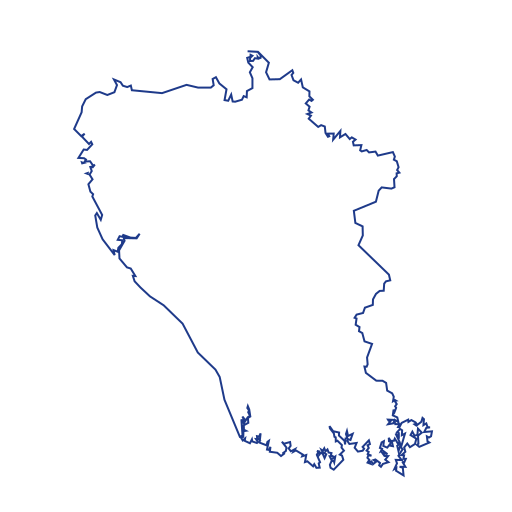 outline of Arraiján, Panama, rotated 187°
{"feature_id": "35544464B31550191226189", "entity_name": "Arraiján", "entity_type": "district", "adm_level": 2, "iso_a3": "PAN", "parent_name": "Panama", "parent_adm1": "", "projection": "albers", "projection_center": [-79.724, 8.989], "detail": "fine", "context": "isolated", "style": "outline", "palette": "blue", "viewbox_px": 512, "rotation_deg": 187, "n_neighbors": 0, "source": "geoboundaries", "source_scale": "gbopen_adm2", "svg_char_len": 5851}
<svg xmlns="http://www.w3.org/2000/svg" viewBox="0 0 512 512"><g transform="rotate(187 256 256)"><path d="M230.1,429.1L232.8,436.7L235.3,433.1L240.2,435.0L242.8,440.0L241.3,442.3L242.6,444.8L253.9,434.4L264.1,432.9L268.4,439.6L266.8,449.4L278.9,458.9L289.3,458.2L279.2,458.8L275.6,455.4L275.6,453.2L277.2,452.4L277.8,454.0L277.4,452.4L278.6,453.7L278.3,452.1L281.2,452.2L282.7,449.3L285.7,448.8L286.0,451.9L284.0,454.3L285.9,455.0L285.8,453.0L288.9,451.6L287.2,447.0L282.3,443.0L284.5,437.6L281.2,432.0L280.0,422.2L285.1,418.6L284.6,412.4L287.7,413.2L289.0,409.4L295.5,406.6L298.0,406.5L300.3,413.2L302.5,406.7L306.2,406.9L305.6,417.9L313.4,422.8L317.6,428.6L320.6,426.4L318.8,420.3L321.4,417.6L334.1,416.1L345.8,417.4L369.1,406.2L399.4,405.4L401.0,409.9L404.4,408.0L408.9,408.8L411.6,412.0L418.5,413.9L414.8,408.7L416.5,401.3L423.2,397.7L431.1,399.7L434.7,398.7L444.1,390.9L446.8,383.3L446.6,377.4L452.0,359.9L444.1,353.7L441.0,356.5L443.3,353.3L435.4,346.8L433.6,349.2L432.1,346.9L436.6,340.7L440.0,340.7L444.2,331.7L438.6,332.1L436.5,331.0L437.5,328.9L432.2,329.8L428.7,325.8L427.1,327.0L429.3,323.5L429.2,324.8L431.3,324.2L429.4,320.3L431.1,316.5L427.6,312.2L431.1,306.8L428.2,299.7L425.2,297.5L425.7,295.1L413.7,278.0L414.5,273.0L419.2,279.2L420.5,276.6L417.0,264.9L410.3,253.9L396.4,239.7L398.1,244.5L393.8,243.4L393.6,247.4L390.6,251.3L390.6,255.3L395.2,255.2L393.8,259.0L391.0,258.8L390.3,260.7L386.4,259.8L390.3,258.5L377.4,259.3L374.2,263.9L376.6,259.0L389.4,257.7L388.3,255.1L392.6,244.9L391.2,236.9L382.7,229.0L378.8,228.3L373.3,221.4L375.8,221.3L373.4,216.1L366.9,210.7L356.3,203.0L341.6,195.8L320.6,179.9L302.0,153.1L282.4,138.3L277.3,131.5L269.8,109.5L250.0,74.6L247.5,76.2L250.6,92.0L247.7,88.4L246.9,90.1L249.9,95.0L246.2,91.5L244.5,95.0L242.4,96.5L244.7,100.0L244.1,101.9L246.1,104.1L245.8,106.0L244.0,102.8L242.1,96.0L244.3,94.2L243.3,89.5L247.5,86.5L246.8,82.1L244.7,81.3L247.1,80.6L246.6,74.9L248.6,73.7L246.7,71.3L244.6,73.6L244.7,71.2L239.2,69.4L237.7,73.5L237.1,71.5L232.3,70.5L231.5,71.7L233.7,74.3L230.7,74.3L232.8,76.0L233.1,77.3L231.0,77.1L229.8,80.5L229.7,71.2L222.5,69.4L222.0,72.9L220.7,74.1L221.5,65.2L219.6,65.1L218.4,68.3L218.4,63.4L210.9,63.3L206.8,60.5L203.4,63.8L205.6,63.2L202.6,66.1L202.4,69.6L207.7,74.8L205.4,73.1L199.5,75.5L198.5,71.8L200.1,69.0L197.6,66.4L193.7,69.1L194.8,66.4L192.7,67.9L185.3,64.6L185.8,62.8L181.9,64.6L182.3,57.4L180.0,58.5L173.7,54.2L172.8,56.5L170.2,53.1L167.0,53.7L168.5,57.8L167.3,59.1L171.4,66.1L170.1,69.2L171.7,70.0L169.4,69.7L169.0,66.4L167.7,68.5L165.7,67.9L163.3,63.8L162.1,67.8L166.2,69.7L167.4,71.6L165.9,70.9L164.8,73.5L163.2,70.6L161.5,72.7L160.0,69.8L157.1,69.6L157.4,67.4L155.6,66.7L158.5,66.2L156.5,63.2L152.9,66.6L153.2,60.7L154.0,62.3L156.1,61.4L157.2,57.7L156.2,54.9L152.8,53.4L144.5,64.4L146.3,68.4L148.6,69.1L145.0,73.5L147.8,76.3L147.7,78.8L152.7,82.6L154.2,81.7L154.8,85.7L156.1,86.1L157.1,89.4L161.6,93.9L162.3,96.1L158.1,91.5L152.0,90.9L151.8,87.9L145.6,83.3L144.6,79.8L144.9,85.8L143.2,86.3L145.0,90.3L144.4,93.4L142.7,88.6L138.4,91.3L139.8,84.9L142.2,85.4L142.8,83.6L140.4,80.8L133.4,82.7L134.7,77.7L131.0,74.3L126.4,75.7L125.2,77.9L126.9,79.5L121.5,86.8L120.0,83.2L122.2,81.7L120.7,79.2L122.5,76.3L120.3,75.3L121.0,73.0L117.1,71.9L120.3,71.7L120.8,69.3L118.7,67.5L120.1,64.5L117.2,63.8L118.6,65.3L116.5,66.2L114.3,63.8L111.8,66.4L114.4,67.8L112.7,68.6L107.7,65.7L108.2,63.2L106.3,62.0L104.7,65.1L99.4,67.5L102.9,69.6L100.5,73.5L104.1,73.2L106.6,75.9L101.4,75.4L106.6,78.4L108.3,77.3L107.4,80.0L109.6,80.6L108.6,86.3L106.5,87.8L106.5,83.0L102.4,81.8L99.9,85.9L99.7,84.1L96.9,83.9L98.2,87.4L101.4,88.3L102.1,91.7L99.8,88.9L96.6,89.4L96.0,91.7L92.6,87.5L90.7,88.7L95.8,96.8L92.2,94.0L92.7,97.7L94.5,98.3L91.9,101.9L89.7,100.8L89.4,95.9L86.5,97.9L88.4,86.1L90.2,87.3L92.7,84.9L90.8,79.7L89.7,85.1L87.0,81.9L90.3,75.1L86.6,71.2L92.4,70.7L90.8,67.4L92.7,61.4L90.9,62.8L90.8,59.9L82.8,56.2L84.5,63.8L87.8,64.3L82.0,64.9L85.8,69.8L83.9,68.7L82.6,72.9L85.0,72.6L84.7,76.2L87.2,76.1L83.9,79.9L85.6,84.0L83.0,88.3L79.9,85.0L75.3,88.8L74.6,94.2L80.8,97.1L79.4,100.7L76.7,96.9L74.0,98.2L74.2,104.4L69.9,100.9L73.3,97.4L71.9,89.4L73.3,88.2L70.7,86.5L61.2,92.0L63.2,93.0L64.4,97.8L62.2,96.9L60.3,98.4L60.0,103.4L67.6,101.8L66.0,106.2L62.4,107.1L64.9,107.1L66.6,110.6L69.2,108.5L69.4,114.5L71.0,115.6L71.7,111.6L76.1,107.2L78.2,108.3L76.4,109.3L77.4,110.3L81.8,112.1L84.5,109.9L85.0,112.1L91.1,108.1L92.8,103.4L94.2,103.5L92.9,106.6L97.3,106.1L98.5,109.3L99.5,106.6L104.4,105.1L101.9,109.2L104.3,108.7L105.1,109.7L98.1,110.2L94.4,108.4L96.1,113.0L100.8,114.5L100.7,120.3L99.5,118.0L98.4,122.4L99.6,123.8L98.3,126.2L100.7,129.1L99.5,129.5L100.6,130.0L102.3,128.6L102.1,133.1L104.1,136.3L109.4,138.4L111.4,145.9L115.2,147.6L121.4,146.9L132.7,153.4L134.9,159.5L132.7,159.6L132.0,162.1L133.4,168.8L130.1,182.9L137.9,184.5L141.1,192.5L144.6,193.9L144.6,198.1L148.7,199.9L148.6,206.2L150.6,206.7L149.0,210.1L142.8,212.5L141.6,218.0L134.1,221.7L134.6,227.2L132.3,233.0L129.0,236.4L125.0,237.1L125.4,244.2L123.9,246.7L119.8,248.2L121.8,253.7L155.6,279.2L152.5,289.4L153.8,298.4L161.4,300.9L164.4,312.8L143.6,324.5L142.2,335.8L139.6,339.4L129.8,339.4L126.9,341.1L128.4,349.2L126.0,352.3L126.5,355.2L123.9,356.2L126.4,358.5L125.3,361.5L127.8,367.2L130.9,368.4L130.3,371.6L132.8,375.8L147.3,370.5L150.1,374.2L156.4,372.6L159.1,374.7L163.8,372.7L165.5,373.6L164.9,378.9L172.5,377.7L173.7,381.2L171.4,383.7L175.4,385.4L177.2,383.5L182.1,388.0L187.1,384.0L187.5,390.4L193.6,380.9L193.8,387.0L199.6,386.2L197.9,383.8L199.1,383.1L202.0,386.6L203.5,392.9L207.3,393.8L210.0,391.7L220.4,398.7L218.6,402.0L222.3,403.2L218.4,405.2L221.7,406.9L221.0,410.7L225.2,413.5L222.3,417.8L219.8,416.7L218.6,418.0L222.5,421.0L223.0,425.9L230.1,429.1ZM438.5,327.3L440.2,327.7L439.8,326.8L438.5,327.3ZM433.1,317.9L434.3,317.3L433.1,317.0L433.1,317.9Z" fill="none" stroke="#1e3a8a" stroke-width="2"/></g></svg>